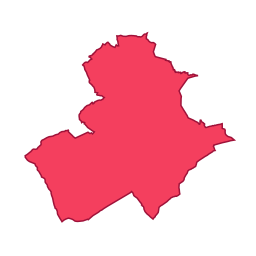 Partestii De Jos, Suceava, Romania (Robinson projection), rotated 355°
{"feature_id": "2599482B28606213719079", "entity_name": "Partestii De Jos", "entity_type": "district", "adm_level": 2, "iso_a3": "ROU", "parent_name": "Romania", "parent_adm1": "Suceava", "projection": "robinson", "projection_center": [25.954, 47.619], "detail": "fine", "context": "isolated", "style": "filled", "palette": "rose", "viewbox_px": 256, "rotation_deg": 355, "n_neighbors": 0, "source": "geoboundaries", "source_scale": "gbopen_adm2", "svg_char_len": 5728}
<svg xmlns="http://www.w3.org/2000/svg" viewBox="0 0 256 256"><g transform="rotate(355 128 128)"><path d="M80.4,215.9L85.5,212.2L90.3,209.8L91.9,208.9L93.2,207.9L94.0,207.7L95.2,207.2L96.7,206.2L101.2,203.9L125.2,192.4L125.9,191.6L126.7,192.4L127.3,193.3L127.9,195.8L128.5,196.5L131.0,198.6L133.5,202.7L134.3,203.9L134.7,204.2L134.9,204.7L135.0,205.1L134.9,205.6L134.8,205.9L135.3,206.2L135.4,206.8L136.3,207.4L136.5,207.7L136.8,208.5L136.9,210.4L137.3,211.6L137.7,212.8L139.4,215.2L141.3,217.0L142.7,218.7L145.0,220.9L145.7,220.0L147.4,218.7L147.5,218.1L147.7,217.8L148.8,216.9L150.7,214.8L151.2,213.1L151.8,210.4L152.1,209.6L153.7,208.4L155.3,207.7L160.3,204.8L162.6,202.9L163.7,202.3L164.4,201.5L166.9,200.5L168.0,200.4L169.1,200.1L170.5,200.2L172.1,199.5L173.9,198.3L173.7,196.5L173.7,193.9L173.5,191.9L174.0,188.9L174.2,188.0L177.9,186.0L178.8,185.1L179.4,184.1L179.7,182.6L181.4,180.1L183.1,178.0L183.8,176.2L184.7,175.4L185.6,174.9L187.2,174.6L187.5,174.2L189.1,173.7L190.6,172.8L192.0,172.2L192.9,170.1L193.5,168.1L195.9,166.5L202.4,163.0L204.7,162.0L206.0,161.1L210.2,159.0L211.0,158.2L212.8,158.0L212.5,157.4L212.1,155.6L211.5,153.8L212.1,153.1L212.1,152.9L211.9,152.7L212.0,152.5L220.6,150.9L226.5,150.1L229.0,149.6L232.9,149.3L230.1,146.5L226.7,145.1L225.3,143.7L224.7,142.8L224.5,142.2L224.4,141.5L224.4,140.1L224.6,139.2L224.4,137.9L224.2,137.6L222.2,136.8L221.8,136.4L222.0,135.2L222.2,131.9L219.9,132.4L218.9,132.4L216.5,132.7L215.3,133.0L214.7,132.8L213.9,133.1L213.1,133.2L212.5,133.0L211.3,133.4L209.5,133.5L206.1,134.3L205.3,134.2L204.9,133.7L204.9,133.3L204.4,132.6L204.2,131.8L204.3,131.3L204.7,130.9L204.7,130.7L204.3,130.2L203.7,129.9L203.5,129.4L203.2,129.1L202.4,128.7L201.9,128.0L201.3,126.5L200.7,126.5L200.4,127.4L200.1,129.7L199.7,130.5L199.3,130.4L199.2,130.4L198.0,128.6L195.8,127.3L193.5,125.7L188.9,123.2L188.4,122.1L188.2,121.3L187.9,120.5L187.0,118.9L186.8,118.3L185.1,115.1L182.7,110.2L183.4,103.5L183.9,101.2L182.3,96.1L182.1,95.5L183.8,93.2L191.9,83.7L193.0,83.4L199.6,82.1L201.7,82.0L201.7,81.7L200.0,81.2L198.6,80.4L197.4,80.0L196.5,80.7L194.9,80.5L193.5,80.9L193.1,80.8L192.6,80.4L192.2,79.7L192.2,78.8L192.4,78.6L192.4,78.3L191.5,78.1L190.5,78.3L189.7,78.0L189.5,77.9L189.7,77.1L189.2,76.9L188.4,77.1L188.0,77.0L186.2,78.1L185.6,78.3L185.5,77.6L185.2,77.7L185.1,77.1L183.1,77.2L183.1,76.7L180.3,76.7L180.4,75.9L180.3,75.7L179.6,75.8L179.4,73.9L178.3,74.0L178.0,71.4L177.7,71.3L176.5,67.5L176.5,67.1L176.4,66.8L176.5,66.2L175.7,66.1L175.9,65.7L174.5,65.3L174.7,64.8L171.3,63.8L171.7,63.0L161.4,59.3L160.7,57.3L159.9,54.3L162.8,47.1L162.0,46.1L160.9,45.2L160.5,45.1L158.7,45.0L158.0,44.7L157.0,44.0L156.1,43.0L155.5,41.8L154.0,40.7L154.2,39.8L154.1,38.8L154.8,37.1L154.8,36.4L155.4,35.1L155.1,35.2L154.1,36.0L152.9,35.9L152.4,36.0L151.3,36.8L150.4,37.7L150.0,38.0L148.9,38.3L148.3,38.4L147.2,38.0L145.9,38.0L145.1,37.7L144.6,37.2L144.2,37.0L142.7,36.8L141.7,36.5L140.6,36.4L139.8,36.2L137.0,36.1L134.0,36.6L133.5,36.5L131.2,36.2L128.9,35.1L126.5,35.5L124.9,35.3L125.1,37.5L124.8,38.6L125.3,40.4L125.5,41.3L125.5,42.9L125.8,45.3L124.9,45.3L124.5,45.1L124.1,44.9L123.5,44.2L122.0,46.6L120.3,45.8L118.2,44.4L117.2,43.4L117.0,42.7L116.6,42.2L116.1,41.7L115.6,40.9L114.9,40.9L113.3,42.1L112.5,43.1L110.2,42.1L109.7,43.4L109.0,44.1L108.7,44.9L107.2,46.2L105.1,47.1L103.6,47.5L102.8,48.4L101.8,49.6L101.3,49.7L100.6,50.5L99.7,51.1L99.9,51.3L98.1,52.5L95.7,53.0L95.4,53.6L95.4,53.8L96.3,54.2L96.7,54.5L97.6,55.8L97.9,56.0L97.9,56.3L96.4,56.7L93.5,59.2L92.0,58.7L91.0,58.9L90.0,59.6L88.3,61.2L88.8,61.9L89.6,62.4L89.9,64.2L90.1,65.9L90.6,67.1L91.4,68.7L92.2,71.8L93.8,76.1L94.0,77.2L93.5,77.6L93.4,78.7L93.5,79.4L93.7,79.7L94.0,80.0L95.7,81.8L96.0,82.1L96.0,82.4L97.0,83.7L97.7,84.5L97.8,85.2L98.2,86.6L98.3,88.9L98.2,89.6L100.8,90.3L99.8,92.1L100.0,92.4L100.8,92.7L102.0,92.9L103.1,93.4L104.1,93.4L104.6,93.6L105.1,93.9L106.2,95.1L107.0,95.5L105.5,96.9L105.3,97.3L104.7,97.3L103.3,98.0L102.4,97.7L100.5,97.9L97.2,99.1L96.1,100.5L95.6,100.8L95.1,100.8L95.1,99.9L94.9,99.4L94.3,99.4L93.4,100.2L92.8,100.5L91.9,101.5L89.1,102.1L86.6,103.8L85.2,105.5L83.7,106.6L83.0,107.0L82.4,107.4L82.0,108.8L80.6,110.3L80.4,111.1L80.3,112.7L80.5,114.2L80.3,114.8L80.8,115.8L81.6,116.5L82.0,117.2L82.3,118.6L82.6,118.4L82.6,117.8L85.3,118.8L84.7,120.0L84.8,120.1L85.3,120.1L86.4,121.9L86.7,122.1L87.8,123.9L92.8,128.1L94.1,128.9L92.8,130.3L92.1,130.8L91.3,129.7L89.6,130.2L88.7,129.5L87.8,128.7L74.5,133.5L73.5,132.5L72.8,132.0L72.0,130.8L68.7,127.1L68.4,126.8L68.3,126.1L68.5,125.7L68.5,125.4L68.3,124.9L66.8,125.3L65.7,125.1L65.2,125.3L64.7,125.9L63.7,125.8L62.8,125.9L62.0,125.8L59.8,126.6L58.3,127.8L57.7,128.1L56.0,128.3L54.8,128.6L52.8,129.4L52.1,129.6L48.7,129.8L48.0,130.0L46.2,130.6L42.8,132.2L41.5,132.6L40.8,133.1L40.6,133.6L40.1,134.1L40.0,134.7L40.1,136.0L39.9,136.9L39.8,137.2L38.7,137.9L38.6,138.2L38.1,138.4L37.8,138.8L37.3,139.0L36.6,139.6L36.2,140.0L36.0,140.6L35.4,140.9L34.2,141.2L32.2,140.8L31.4,141.0L30.6,141.5L30.2,142.1L29.7,142.4L29.0,143.2L28.6,143.3L25.4,145.5L23.1,146.7L23.2,147.3L23.1,148.2L25.0,151.2L26.1,152.2L27.0,152.9L32.2,155.5L32.4,156.7L33.0,158.0L34.3,159.4L34.0,161.5L34.2,162.1L35.3,163.3L37.4,167.8L37.6,169.3L38.6,169.8L40.4,171.0L40.8,171.9L40.9,172.6L40.8,174.0L40.8,174.7L41.1,175.4L42.4,177.3L42.7,178.2L42.7,179.3L43.9,182.1L44.5,182.7L45.3,183.9L45.9,185.1L45.7,186.0L45.8,186.9L46.1,188.8L46.6,190.3L46.9,191.9L47.2,194.8L47.6,197.6L47.9,199.2L48.3,200.0L48.3,201.3L48.8,201.9L49.5,202.4L49.9,203.5L50.3,205.0L50.3,207.3L50.5,208.1L52.1,211.6L54.1,215.6L56.1,214.2L57.9,213.4L59.5,212.9L60.8,212.6L61.8,212.9L64.0,213.8L65.4,214.6L66.9,216.0L68.1,216.4L69.8,216.7L75.2,216.6L79.8,215.4L80.4,215.9Z" fill="#f43f5e" stroke="#9f1239" stroke-width="1.5"/></g></svg>